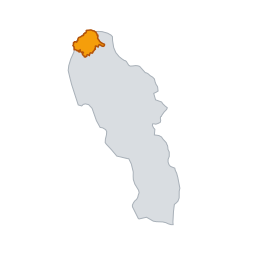 where Bratislavský sits in Slovakia, rotated 75°
{"feature_id": "SVK-1051", "entity_name": "Bratislavský", "entity_type": "Region", "adm_level": 1, "iso_a3": "SVK", "parent_name": "Slovakia", "parent_adm1": "", "projection": "natural_earth1", "projection_center": [17.27, 48.331], "detail": "fine", "context": "in_parent", "style": "filled", "palette": "amber", "viewbox_px": 256, "rotation_deg": 75, "n_neighbors": 0, "source": "natural_earth", "source_scale": "10m", "svg_char_len": 4288}
<svg xmlns="http://www.w3.org/2000/svg" viewBox="0 0 256 256"><g transform="rotate(75 128 128)"><path d="M233.0,109.4L232.5,111.4L231.1,113.7L229.2,116.0L227.7,118.8L225.8,124.9L224.5,127.7L219.0,133.2L218.7,140.9L218.0,141.5L205.3,144.1L203.6,143.7L201.8,142.2L200.8,141.1L200.2,140.3L199.1,138.1L197.6,136.6L195.4,135.4L193.4,134.0L190.8,133.9L184.0,135.9L179.2,136.2L176.0,135.5L171.8,134.3L163.5,134.1L157.9,135.2L157.3,136.7L152.2,146.1L144.7,149.6L138.1,153.1L136.2,153.8L132.9,152.7L129.1,150.6L126.0,149.5L123.8,150.0L121.3,152.4L120.2,154.8L112.7,156.6L99.7,157.6L95.2,160.0L93.7,162.9L93.6,165.1L94.7,167.0L93.4,169.2L92.8,170.1L83.5,170.6L71.3,171.2L63.9,171.1L57.0,170.9L52.3,169.0L46.5,165.4L40.5,160.5L39.9,160.4L39.0,159.8L35.2,159.5L34.2,159.8L31.9,158.2L31.2,156.1L27.7,150.7L23.7,141.8L23.7,139.2L25.2,136.3L26.6,134.0L26.9,132.3L27.0,131.8L28.2,128.1L31.1,123.2L33.8,120.4L35.7,119.4L39.7,120.3L46.6,121.0L51.9,120.3L56.8,118.1L59.4,116.2L61.7,114.2L62.5,112.9L63.5,112.3L67.5,111.1L68.8,109.8L69.3,107.3L69.7,104.4L70.5,102.3L71.5,100.8L79.0,97.0L79.7,95.7L80.9,94.5L83.1,93.1L85.3,91.0L87.5,89.8L90.5,89.9L93.2,89.6L95.3,88.9L96.2,88.8L100.1,89.4L100.8,91.8L101.2,94.2L107.9,94.1L111.6,88.8L113.5,88.2L116.5,86.4L118.6,84.8L120.0,85.8L122.0,89.1L124.2,91.8L125.5,92.9L125.6,93.7L126.9,94.2L129.3,94.5L130.9,95.4L131.4,97.9L131.5,100.2L130.7,101.8L130.4,103.2L132.0,103.8L134.5,103.3L136.2,102.4L141.5,104.3L143.3,100.1L145.3,98.0L148.0,97.0L150.4,95.7L152.6,94.7L154.1,94.8L154.8,94.4L156.7,94.5L158.9,94.9L161.9,94.4L166.1,95.5L168.7,97.4L171.2,98.1L174.1,97.9L176.1,96.9L178.9,93.2L181.0,93.3L184.3,92.7L188.9,92.7L199.6,93.5L202.3,94.9L208.8,96.7L211.7,98.8L213.1,101.3L213.8,103.0L220.5,105.7L230.6,109.0L233.0,109.4Z" fill="#d9dde1" stroke="#a8b0b8" stroke-width="1"/><path d="M34.2,159.8L33.3,159.1L32.1,158.8L31.3,158.4L31.5,157.6L31.1,157.3L30.9,157.2L31.1,156.3L31.3,155.8L31.7,155.4L31.2,155.0L31.0,154.7L30.5,153.9L30.1,153.6L29.5,153.6L29.0,153.3L28.0,152.4L27.8,151.7L27.8,150.7L27.6,149.8L27.0,148.1L27.0,147.9L27.1,147.3L27.0,147.1L26.9,147.0L26.7,146.9L26.3,146.6L25.9,146.5L25.6,146.3L25.5,146.0L25.5,145.8L25.4,145.5L25.2,145.3L25.1,145.2L25.0,144.9L25.2,144.6L25.3,144.4L25.1,144.0L24.7,143.7L24.3,143.4L24.1,143.3L23.4,143.2L23.1,143.1L23.0,142.8L23.0,142.3L23.1,142.0L23.2,141.9L23.2,141.6L23.6,139.1L23.7,138.4L24.1,137.8L25.1,136.6L25.3,136.0L25.6,135.5L26.2,135.1L26.8,134.6L26.9,134.3L27.0,134.3L29.2,133.7L30.9,133.7L31.0,133.6L31.0,133.4L30.9,133.2L31.1,133.2L31.6,133.3L33.2,134.0L33.6,134.1L33.8,134.0L35.3,133.5L35.8,133.2L36.5,133.1L37.0,133.0L37.4,132.8L37.6,132.5L37.7,132.4L37.9,132.3L38.2,132.2L38.5,132.0L38.6,131.9L38.7,131.7L38.8,131.6L39.0,131.3L39.2,131.2L39.3,131.2L39.5,131.1L40.6,129.6L40.9,129.2L41.1,129.1L41.3,129.1L41.5,129.2L41.6,129.3L41.9,129.4L42.1,129.4L42.2,129.5L42.4,129.7L42.5,129.9L42.6,130.1L42.7,130.4L42.7,130.9L42.5,131.4L42.3,131.7L41.7,132.5L41.3,132.6L41.2,132.6L40.8,133.3L40.7,133.4L40.6,133.5L40.2,133.6L40.2,133.9L40.0,134.3L42.0,136.0L41.7,136.2L41.5,136.3L41.3,136.5L40.8,137.3L40.5,137.8L40.6,138.3L41.1,138.5L41.6,138.5L41.8,138.6L42.2,138.9L42.4,139.0L42.5,139.1L43.3,139.1L43.5,139.3L43.4,139.5L43.3,139.8L43.7,140.0L43.8,140.1L44.1,140.5L44.4,140.7L44.5,141.0L45.2,142.0L45.3,142.2L45.4,142.3L45.6,142.3L45.8,142.3L46.1,142.6L46.2,142.8L46.3,142.9L46.4,143.0L46.3,143.5L46.0,144.1L45.7,144.5L45.9,145.3L47.9,146.6L46.9,147.7L46.7,148.0L46.8,148.6L46.9,148.8L47.1,148.9L47.9,149.2L48.0,149.4L48.0,149.6L47.9,150.1L48.0,150.3L48.3,150.3L48.4,150.5L48.4,150.9L48.2,151.4L48.0,151.6L47.9,151.7L47.7,151.6L47.3,151.7L46.1,152.5L45.1,152.9L44.9,152.9L44.5,152.7L44.3,152.6L43.8,152.5L43.7,152.5L43.7,152.4L43.9,152.0L43.8,151.9L43.8,151.7L43.7,151.6L43.3,151.8L43.2,151.8L42.9,152.0L42.8,152.5L42.9,152.8L43.1,153.0L43.3,153.2L43.2,153.3L42.9,153.5L42.7,153.5L42.4,153.7L42.1,153.9L41.8,154.1L41.6,154.1L41.2,154.2L40.3,154.0L40.2,154.0L40.3,154.4L40.3,154.5L40.3,154.8L40.3,155.0L40.6,155.3L40.8,155.4L40.9,155.5L41.0,155.5L41.6,155.4L41.6,155.5L41.8,155.6L41.6,155.8L41.2,156.0L40.7,156.4L40.4,156.5L40.2,156.5L40.0,156.9L40.0,157.1L40.1,157.3L39.9,157.5L39.5,157.7L39.3,157.8L38.7,158.5L38.4,159.7L36.9,159.3L35.6,159.1L34.2,159.8Z" fill="#f59e0b" stroke="#b45309" stroke-width="1.5"/></g></svg>